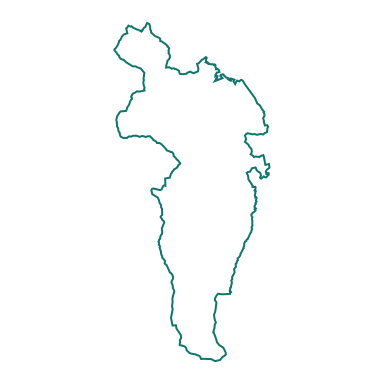 outline of Albesti, Mures, Romania
{"feature_id": "2599482B11453022019549", "entity_name": "Albesti", "entity_type": "district", "adm_level": 2, "iso_a3": "ROU", "parent_name": "Romania", "parent_adm1": "Mures", "projection": "albers", "projection_center": [24.86, 46.242], "detail": "fine", "context": "isolated", "style": "outline", "palette": "teal", "viewbox_px": 384, "rotation_deg": 0, "n_neighbors": 0, "source": "geoboundaries", "source_scale": "gbopen_adm2", "svg_char_len": 5963}
<svg xmlns="http://www.w3.org/2000/svg" viewBox="0 0 384 384"><path d="M179.7,345.0L184.0,346.1L185.1,346.8L186.2,348.2L186.7,350.4L189.4,352.9L191.0,353.6L195.5,354.4L199.3,355.9L200.1,356.7L201.1,359.0L203.2,358.8L211.2,359.1L214.6,360.9L215.7,361.0L220.0,360.0L222.1,357.5L223.3,356.4L224.5,355.9L225.9,354.3L225.6,352.3L223.3,347.7L219.2,345.0L216.9,342.1L216.2,339.2L213.8,332.6L213.3,332.4L213.9,329.5L214.5,328.2L214.7,324.7L215.9,322.6L214.7,319.5L214.0,314.9L215.3,311.3L216.4,302.8L216.2,301.9L215.0,300.4L214.9,298.6L216.6,295.5L218.0,293.8L222.0,294.3L229.3,294.0L230.1,293.8L230.1,293.0L231.1,292.2L230.7,291.5L229.9,291.7L229.7,290.7L230.1,289.7L230.2,287.9L230.8,287.7L231.9,282.4L231.3,280.5L232.4,278.9L232.1,278.1L232.2,276.9L234.6,272.5L234.1,269.0L235.9,266.8L235.6,263.9L236.6,263.0L237.0,261.1L237.9,260.3L237.6,258.4L238.9,257.4L240.3,255.3L240.4,253.8L241.1,253.0L243.2,248.6L243.7,248.2L243.4,247.5L244.2,246.0L244.2,243.8L245.0,241.6L246.3,241.0L246.6,239.7L248.1,238.6L248.3,237.5L249.1,236.3L249.6,234.6L250.5,233.4L250.6,232.6L251.3,231.9L251.5,230.2L252.2,228.9L251.5,227.5L252.5,225.1L252.2,223.9L252.4,221.7L252.0,218.1L252.4,217.2L251.5,215.9L251.3,214.8L252.9,212.5L253.8,212.2L255.6,210.4L255.5,209.6L254.9,209.3L255.8,208.4L254.6,207.8L254.8,207.1L254.5,206.2L255.8,203.9L255.4,203.4L256.5,201.4L256.1,201.1L255.9,200.1L256.6,198.2L256.5,197.5L256.0,197.1L255.3,197.3L255.4,196.6L254.8,195.9L255.4,192.8L255.2,192.1L255.8,191.2L254.5,190.5L255.4,189.1L255.6,187.3L255.3,186.8L254.3,187.0L253.2,186.4L252.8,187.0L252.4,186.9L252.6,185.5L248.4,179.4L248.3,177.1L247.7,174.9L246.6,172.9L247.8,172.1L250.0,171.7L252.0,168.2L255.4,167.5L255.9,168.0L256.3,169.5L256.8,170.3L258.4,171.8L259.9,172.5L260.7,174.0L261.0,175.3L260.0,177.6L260.8,178.4L261.5,178.5L263.7,176.4L265.0,177.3L266.2,177.3L268.7,174.7L268.6,173.0L267.6,173.1L266.9,174.1L266.3,174.0L265.8,171.7L266.9,169.7L269.5,167.7L268.9,164.0L265.4,164.9L263.9,157.1L263.3,155.1L260.5,156.1L259.5,157.0L255.2,156.5L253.9,157.1L253.1,156.0L250.7,154.2L251.4,153.3L251.8,151.5L251.5,149.2L248.9,146.0L248.5,144.7L244.9,141.9L246.1,139.3L245.0,135.6L245.7,134.4L247.7,133.2L252.3,134.3L254.7,134.1L257.0,134.8L260.6,134.0L263.1,134.5L265.0,132.9L266.2,132.6L267.1,132.0L266.9,131.3L267.3,130.1L267.3,128.5L268.1,126.8L267.2,125.2L264.9,125.5L263.9,122.0L263.9,120.7L263.1,118.1L264.4,116.0L264.4,114.2L263.6,112.3L264.1,111.8L262.1,109.3L259.8,105.3L257.2,103.4L255.1,98.3L244.9,84.3L243.0,81.1L242.0,80.1L240.8,80.0L239.3,81.4L237.1,80.6L236.2,81.7L235.1,84.0L233.4,81.1L234.4,79.7L231.3,78.6L231.0,79.3L231.1,80.6L230.8,80.8L228.7,79.7L230.0,79.1L230.1,78.7L228.4,78.6L227.6,77.8L226.9,77.9L225.5,77.1L225.2,76.4L223.8,75.5L223.6,74.6L222.7,74.3L220.7,74.9L220.4,75.8L220.5,76.5L221.4,76.8L222.5,78.2L214.9,81.1L215.9,79.6L215.9,78.9L217.1,78.1L217.1,77.0L217.5,76.2L216.9,75.8L215.3,76.5L215.4,75.0L216.9,72.5L217.5,72.6L219.4,72.0L219.0,71.0L219.1,70.3L217.6,69.1L216.0,69.2L216.3,68.1L215.8,67.7L215.2,66.3L215.5,65.1L215.3,64.7L214.2,64.4L213.6,64.9L212.6,64.1L211.3,64.4L208.5,63.9L206.4,62.6L207.6,62.4L206.0,61.1L205.9,60.1L206.7,57.9L205.8,57.1L203.1,59.3L201.8,59.8L198.6,63.4L197.1,63.8L198.4,68.8L198.1,71.0L197.8,71.5L193.4,73.2L190.1,71.6L187.3,72.8L186.6,73.7L182.9,74.2L180.1,74.0L179.6,73.3L178.9,70.8L176.3,69.2L175.2,69.1L173.9,68.3L171.7,68.7L169.2,67.2L166.1,67.6L166.4,64.8L167.2,62.6L167.4,60.8L168.8,59.5L169.9,57.5L169.8,55.2L168.5,53.1L168.8,52.1L168.5,50.7L168.8,50.2L168.7,49.2L169.2,48.3L168.3,47.1L167.4,46.6L167.4,45.8L166.3,44.7L161.7,41.4L160.3,41.1L160.1,38.8L159.4,38.0L155.0,36.0L151.2,32.6L151.0,30.8L150.3,29.6L150.1,26.9L149.4,24.2L147.1,23.0L145.4,26.8L143.8,28.0L143.4,28.9L142.9,29.3L142.7,30.0L141.6,30.4L141.9,31.2L141.4,31.6L138.4,29.8L137.2,29.6L133.5,27.9L131.5,26.2L130.4,26.6L128.4,25.6L127.0,27.9L126.2,28.4L127.3,33.3L123.7,34.5L121.9,36.6L120.6,39.6L119.1,40.9L119.0,42.0L117.9,44.9L115.7,48.2L114.5,49.3L114.5,50.4L116.9,53.2L117.4,54.4L119.1,55.7L119.5,57.5L121.2,59.1L123.8,59.9L126.0,62.2L132.7,66.3L135.9,66.4L137.2,67.3L140.6,68.4L144.4,72.9L143.5,78.6L143.9,80.1L143.3,82.0L143.7,85.4L144.6,87.7L144.1,89.1L144.5,90.5L139.5,91.6L136.7,91.4L135.3,92.5L132.7,93.7L131.1,96.9L132.0,98.1L132.0,98.9L131.1,99.7L129.9,101.9L129.2,104.6L127.5,107.0L126.2,110.9L120.7,111.4L119.6,112.4L117.2,116.2L116.3,119.9L116.9,122.7L117.0,126.3L118.1,128.1L118.4,130.5L118.8,131.7L119.5,132.4L119.9,134.4L120.6,136.6L123.6,138.1L124.9,137.8L126.9,138.0L128.9,136.4L131.2,136.6L132.9,135.8L136.3,135.7L139.9,136.9L140.7,136.4L142.7,136.0L145.9,137.0L147.3,136.4L150.0,136.2L152.9,139.2L153.1,139.8L156.2,141.6L157.0,143.0L159.6,143.0L161.4,144.2L165.6,148.5L166.7,150.4L169.8,151.4L170.4,152.0L172.0,152.1L173.4,153.7L173.6,156.0L175.5,157.7L176.7,159.5L178.0,160.4L180.2,163.3L179.8,164.2L178.8,164.7L178.0,165.7L177.8,166.7L177.1,167.1L176.7,167.9L174.0,169.4L173.6,170.4L172.0,172.1L171.8,172.9L170.9,174.0L169.8,177.6L165.2,178.5L165.4,185.8L164.4,185.4L163.4,185.7L161.5,189.5L160.2,190.1L153.2,188.5L152.1,188.9L151.3,190.2L152.3,194.2L157.7,197.5L159.0,200.3L159.6,202.9L161.0,205.1L161.2,207.5L162.0,208.8L162.2,214.8L160.7,216.5L160.6,217.1L162.0,219.0L162.1,219.6L164.1,221.5L164.1,222.5L163.8,223.7L162.7,225.9L162.7,226.7L161.9,228.0L161.9,230.0L162.2,231.3L162.0,233.5L161.7,234.4L160.8,235.2L160.1,237.8L160.3,238.5L159.0,239.9L159.0,240.8L158.5,241.5L159.0,242.8L158.8,243.4L159.1,244.2L158.8,244.8L159.5,245.3L160.0,246.8L159.6,247.7L160.5,250.5L161.0,251.1L160.9,252.8L161.6,255.4L162.2,256.2L162.2,257.5L165.2,261.0L164.7,262.5L164.7,263.6L166.6,265.1L170.0,272.6L170.8,273.0L172.5,274.9L172.6,276.1L173.1,276.9L173.0,278.6L171.6,281.4L171.5,282.7L172.8,285.7L172.8,287.6L174.3,291.3L172.4,298.3L172.6,302.0L172.0,306.5L172.5,308.0L172.6,309.6L171.0,317.8L172.5,325.5L175.9,325.3L176.5,328.6L180.7,334.9L181.2,338.0L179.8,340.2L180.2,342.0L179.8,343.4L179.7,345.0Z" fill="none" stroke="#0f766e" stroke-width="2"/></svg>